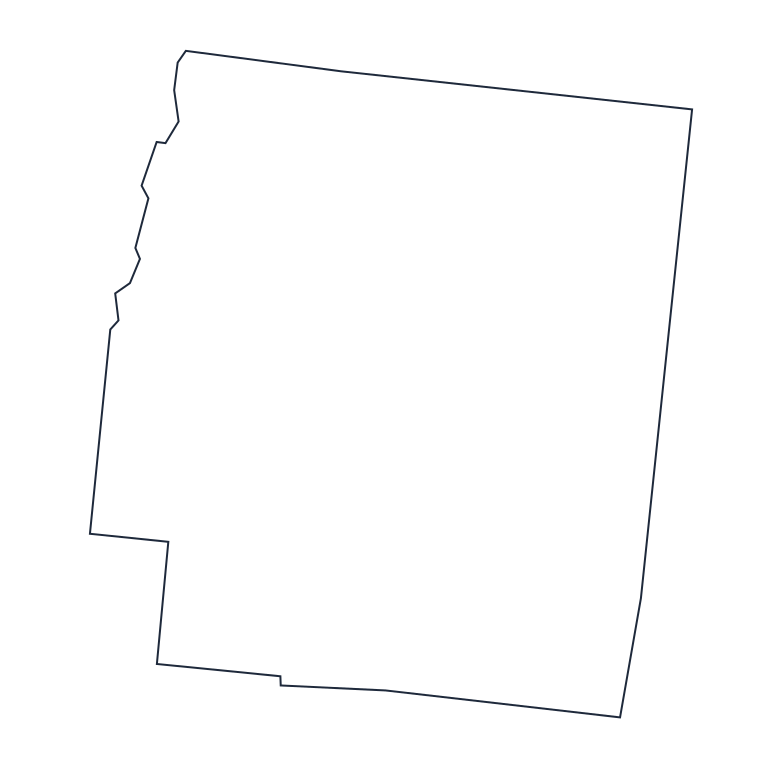 Crowley, Colorado, United States of America, rotated 96°
{"feature_id": "52423323B77951538524866", "entity_name": "Crowley", "entity_type": "district", "adm_level": 2, "iso_a3": "USA", "parent_name": "United States of America", "parent_adm1": "Colorado", "projection": "robinson", "projection_center": [-103.821, 38.318], "detail": "fine", "context": "isolated", "style": "outline", "palette": "slate", "viewbox_px": 768, "rotation_deg": 96, "n_neighbors": 0, "source": "geoboundaries", "source_scale": "gbopen_adm2", "svg_char_len": 460}
<svg xmlns="http://www.w3.org/2000/svg" viewBox="0 0 768 768"><g transform="rotate(96 384 384)"><path d="M73.4,615.9L85.9,622.8L113.7,623.4L144.4,615.7L167.3,626.5L167.1,635.4L212.1,645.8L224.0,637.7L274.7,645.5L285.1,639.8L310.2,647.2L322.0,660.8L348.5,654.7L358.4,661.9L563.7,660.8L563.5,582.0L686.2,580.6L685.5,456.5L694.6,455.2L688.6,350.5L690.9,114.4L570.2,106.1L78.7,106.3L77.5,459.4L73.4,615.9Z" fill="none" stroke="#1e293b" stroke-width="2"/></g></svg>